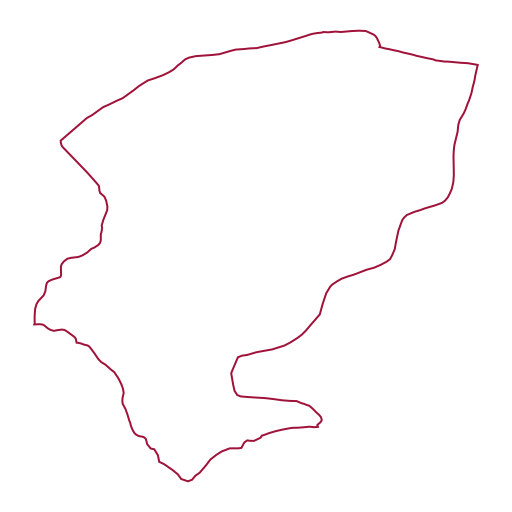 outline of Park Ou, Louangphrabang, Laos
{"feature_id": "54806243B64130062108645", "entity_name": "Park Ou", "entity_type": "district", "adm_level": 2, "iso_a3": "LAO", "parent_name": "Laos", "parent_adm1": "Louangphrabang", "projection": "mercator", "projection_center": [102.32, 20.145], "detail": "fine", "context": "isolated", "style": "outline", "palette": "rose", "viewbox_px": 512, "rotation_deg": 0, "n_neighbors": 0, "source": "geoboundaries", "source_scale": "gbopen_adm2", "svg_char_len": 3826}
<svg xmlns="http://www.w3.org/2000/svg" viewBox="0 0 512 512"><path d="M147.1,444.0L150.7,448.5L154.3,449.3L157.9,455.2L159.2,461.8L164.0,464.1L172.4,469.9L177.8,474.3L181.2,479.0L188.0,481.3L192.1,479.7L195.3,475.8L199.7,472.7L206.1,465.2L210.5,459.4L216.3,454.9L221.6,451.5L229.6,448.4L233.1,448.3L238.5,448.3L241.4,447.9L244.3,442.5L247.2,440.4L251.1,440.9L254.0,440.9L260.6,437.7L261.3,436.5L261.4,436.3L261.8,435.7L265.2,434.6L269.1,433.1L275.9,431.1L282.5,429.6L289.3,428.3L292.8,427.8L298.0,427.7L304.6,427.2L309.4,426.7L314.4,427.2L317.9,426.9L317.3,425.1L318.3,424.1L318.5,423.9L320.3,422.4L321.3,421.1L321.5,420.5L321.6,419.9L321.7,419.6L321.5,419.0L321.0,417.2L319.1,414.9L316.0,412.1L313.6,409.6L310.9,407.1L308.9,405.6L306.5,404.9L304.4,404.0L301.3,403.1L297.7,401.6L296.8,401.1L290.1,400.9L282.2,400.3L273.8,399.1L265.2,398.1L256.7,397.6L247.3,397.0L240.6,396.4L237.2,395.0L234.5,390.7L233.2,384.9L231.2,373.3L232.5,370.0L237.9,357.3L241.8,355.7L247.4,354.9L256.1,352.3L264.3,350.8L272.2,349.4L284.3,345.6L290.3,342.5L297.4,338.0L301.7,334.8L305.6,330.9L311.4,324.1L319.8,314.4L322.6,304.1L326.2,293.3L330.1,286.8L332.3,284.5L337.3,281.2L341.6,278.7L348.3,276.3L353.7,274.7L366.4,269.8L374.4,267.6L380.8,264.8L386.6,261.7L390.1,259.1L392.3,254.9L394.7,249.3L395.9,242.6L397.2,236.3L398.4,230.7L402.2,220.2L403.9,217.8L406.8,215.0L414.5,211.8L420.2,210.1L425.1,208.3L430.6,206.7L435.6,205.2L442.0,202.9L445.0,200.7L447.9,197.2L449.7,193.7L451.7,189.2L452.9,184.1L453.2,182.7L453.5,180.2L453.8,175.3L453.8,171.6L453.5,156.5L453.8,149.9L454.4,145.0L456.0,138.3L457.6,131.8L458.3,124.9L459.7,120.0L461.1,117.7L463.7,113.4L465.4,109.8L467.7,103.4L469.0,100.5L471.4,93.3L472.7,87.2L473.8,83.1L474.7,79.3L475.2,75.9L477.7,64.9L468.0,63.2L461.1,62.8L447.9,61.6L444.9,61.6L441.9,61.2L438.3,60.7L437.0,60.6L435.4,60.3L433.6,59.5L431.0,58.9L428.8,58.5L426.3,58.0L422.5,57.1L416.8,55.9L413.2,54.8L406.8,53.3L404.2,52.8L398.5,51.2L393.2,50.1L388.4,49.0L386.2,48.7L381.9,47.6L379.5,47.0L380.1,45.9L379.1,42.7L378.4,41.3L377.4,39.1L376.6,37.6L375.3,35.9L373.8,34.7L368.5,32.2L365.7,31.0L359.0,30.7L351.1,31.1L341.0,32.0L335.5,31.6L328.1,32.3L323.3,32.0L322.2,32.5L320.8,32.7L316.8,33.1L311.7,34.0L305.2,36.1L291.8,40.3L285.6,42.1L270.4,45.2L264.1,46.4L256.6,48.1L249.7,48.4L244.2,49.0L235.6,49.6L230.6,50.9L219.3,54.2L212.8,54.9L208.9,55.2L196.0,56.1L189.1,57.6L185.1,59.4L180.9,63.1L177.7,65.5L175.3,67.9L173.2,69.7L168.9,72.3L162.6,75.3L154.8,78.2L148.0,80.4L144.2,82.7L138.6,86.3L134.4,89.7L127.8,94.5L122.6,98.2L116.9,100.7L108.3,104.9L103.4,107.0L97.9,110.9L92.1,115.1L86.9,118.0L60.7,140.6L60.8,142.5L61.5,145.3L62.7,147.1L87.1,172.4L96.0,182.4L98.7,185.6L99.1,187.0L99.4,190.6L100.2,193.1L102.1,194.6L104.5,196.8L106.2,200.8L107.4,206.5L107.2,210.2L103.4,219.7L101.7,225.4L102.1,228.3L101.5,231.9L100.8,234.2L100.8,240.3L100.0,243.0L98.4,244.9L94.4,247.5L91.2,248.9L87.2,252.5L83.0,255.1L79.5,256.6L77.4,257.1L71.2,257.8L67.4,258.7L64.1,261.2L61.7,264.1L60.9,266.6L61.1,275.2L60.3,277.0L58.6,277.7L52.7,279.4L48.7,281.1L47.0,282.7L46.2,285.2L45.3,291.4L43.6,295.4L38.4,300.9L36.4,304.4L35.1,309.0L34.6,316.8L34.7,323.4L34.3,324.4L37.1,324.3L39.3,324.2L42.4,324.5L44.2,325.4L48.0,328.5L50.2,329.7L52.8,330.6L54.2,330.8L57.1,330.2L61.6,329.6L64.3,329.9L66.3,331.0L71.0,334.4L74.5,337.0L75.8,338.7L76.1,340.5L76.6,342.7L78.6,342.9L81.0,343.5L84.0,344.6L87.7,345.5L89.3,346.6L92.1,350.1L94.7,353.7L98.1,358.8L101.1,362.0L105.3,364.6L111.1,369.7L114.3,372.2L118.1,377.9L119.6,380.7L121.3,384.2L122.8,388.2L123.7,392.9L122.6,397.6L122.3,401.1L122.8,404.1L124.1,406.4L125.5,409.1L127.4,414.3L129.3,420.7L130.2,422.7L130.8,425.4L132.0,428.6L132.9,430.5L134.3,432.9L136.1,434.6L138.0,435.7L139.9,436.3L142.5,436.7L143.9,437.2L145.0,438.1L145.5,438.6L146.0,439.3L147.1,444.0Z" fill="none" stroke="#9f1239" stroke-width="2"/></svg>